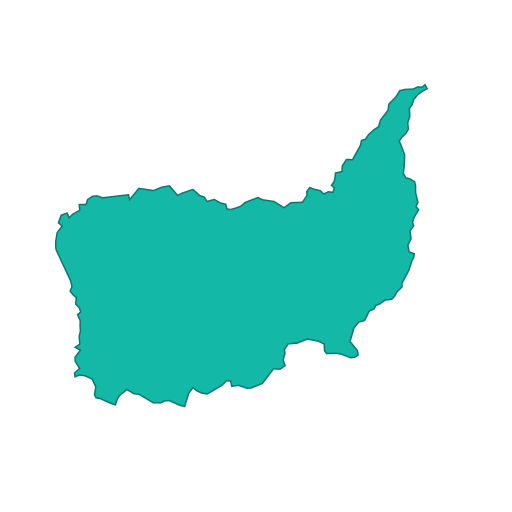 Cerrito, Rio Grande do Sul, Brazil (Natural Earth projection), rotated 258°
{"feature_id": "56859067B22286341591662", "entity_name": "Cerrito", "entity_type": "district", "adm_level": 2, "iso_a3": "BRA", "parent_name": "Brazil", "parent_adm1": "Rio Grande do Sul", "projection": "natural_earth1", "projection_center": [-52.786, -31.747], "detail": "fine", "context": "isolated", "style": "filled", "palette": "teal", "viewbox_px": 512, "rotation_deg": 258, "n_neighbors": 0, "source": "geoboundaries", "source_scale": "gbopen_adm2", "svg_char_len": 2551}
<svg xmlns="http://www.w3.org/2000/svg" viewBox="0 0 512 512"><g transform="rotate(258 256 256)"><path d="M123.6,154.9L136.0,161.8L140.4,167.1L136.6,169.9L133.4,174.1L131.2,179.6L132.5,183.6L136.6,195.9L140.2,201.4L138.9,205.3L133.6,205.2L133.1,212.0L128.6,219.6L127.9,223.5L130.0,235.7L142.0,249.7L140.3,256.0L142.8,261.7L148.6,260.8L154.7,264.1L158.7,264.4L163.4,269.3L162.2,277.9L164.1,289.1L159.7,299.3L155.7,304.5L149.1,303.3L145.9,304.7L144.0,314.8L142.3,319.0L136.8,327.4L136.4,331.3L138.0,335.3L142.6,335.5L152.8,330.2L165.2,336.8L169.9,342.6L170.4,348.8L178.6,355.4L179.8,360.6L182.7,362.9L183.5,367.3L186.1,373.2L185.4,379.7L187.7,383.0L191.8,386.6L195.4,392.4L198.9,393.0L210.1,402.5L218.9,407.5L221.8,410.0L225.3,411.3L228.2,406.6L235.0,406.8L240.5,411.2L248.6,411.9L252.8,416.5L256.3,416.1L260.8,418.6L267.5,424.7L271.1,422.8L274.7,425.5L284.9,425.3L291.6,426.7L295.7,426.5L299.3,422.7L301.4,418.8L306.3,417.3L313.5,419.8L323.9,422.4L334.5,420.9L338.7,420.0L342.0,423.6L344.6,428.0L348.5,431.5L354.5,432.0L360.7,435.5L368.4,436.7L371.6,440.2L376.4,443.0L380.2,447.7L382.4,452.9L384.1,458.2L388.4,456.9L386.5,453.5L387.8,449.5L386.6,444.3L388.0,436.2L387.8,431.1L382.7,426.1L377.0,417.6L371.1,415.5L363.2,406.1L356.9,402.7L355.0,397.7L351.4,391.4L347.5,387.4L347.1,383.2L342.4,381.1L335.0,374.6L330.1,370.4L331.6,364.6L326.3,359.2L320.7,357.6L320.7,351.0L316.4,349.6L312.6,347.9L309.4,344.5L306.4,346.8L302.2,344.5L303.8,340.1L302.6,335.1L306.5,332.5L309.2,326.7L311.8,322.9L308.5,319.0L304.8,318.6L298.9,312.6L300.9,301.2L297.4,293.5L305.6,284.9L309.4,274.6L312.8,270.0L310.6,256.4L308.0,251.8L307.2,247.4L306.7,241.1L308.0,237.4L313.0,237.1L315.3,232.2L320.0,226.9L319.5,219.5L324.3,217.7L326.7,213.7L334.2,208.1L332.7,195.9L331.5,192.0L342.6,185.9L342.9,178.2L341.3,169.4L346.5,155.5L337.3,144.0L342.4,144.0L344.8,118.1L347.9,113.0L348.4,108.6L346.2,103.0L341.7,100.5L343.1,93.8L337.3,93.1L335.0,85.4L332.2,81.2L337.3,80.2L336.4,73.9L329.5,69.6L325.7,72.7L320.2,66.4L312.4,63.3L306.8,62.0L303.6,61.8L269.8,69.6L264.2,69.6L260.4,66.9L256.2,68.9L252.6,71.6L246.5,69.6L242.0,72.4L237.6,72.9L235.9,69.3L229.3,70.6L224.7,69.5L218.7,68.5L214.5,66.4L206.3,65.3L204.3,60.1L200.4,64.7L194.8,58.1L190.7,57.2L182.7,60.1L179.3,54.2L175.5,53.8L176.3,58.5L174.4,63.9L169.7,70.1L161.3,72.1L153.7,69.1L150.5,70.1L149.1,73.7L141.9,83.6L139.6,87.5L145.0,90.7L147.9,93.5L152.2,102.0L146.7,108.0L145.0,112.9L133.8,125.0L132.2,132.1L133.2,136.7L132.7,140.9L130.2,144.4L126.4,149.5L123.6,154.9Z" fill="#14b8a6" stroke="#0f766e" stroke-width="1.5"/></g></svg>